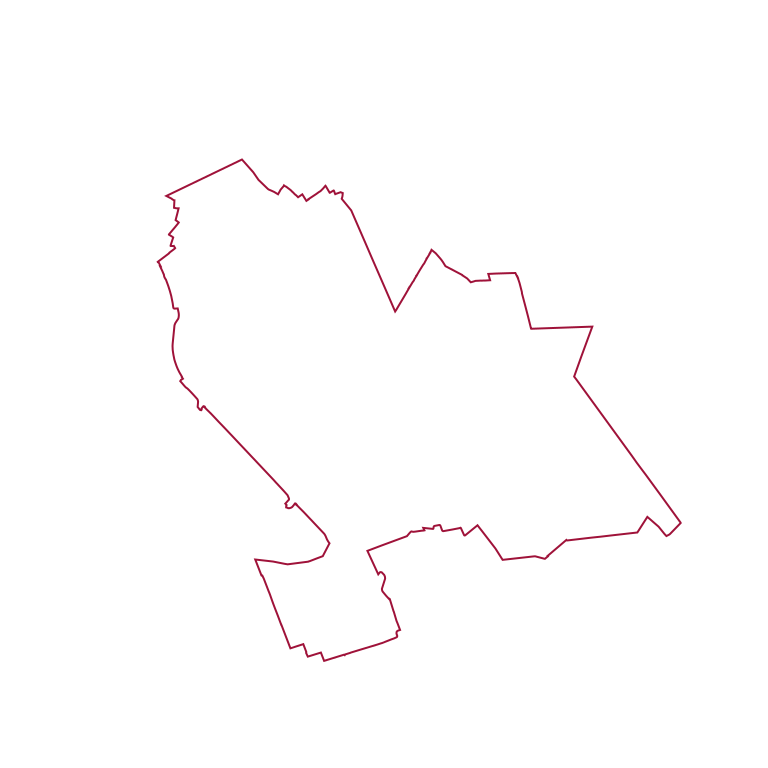 outline of Rucphen, Noord-Brabant, Netherlands, rotated 241°
{"feature_id": "6326949B79033255924519", "entity_name": "Rucphen", "entity_type": "district", "adm_level": 2, "iso_a3": "NLD", "parent_name": "Netherlands", "parent_adm1": "Noord-Brabant", "projection": "equal_earth", "projection_center": [4.569, 51.521], "detail": "fine", "context": "isolated", "style": "outline", "palette": "rose", "viewbox_px": 768, "rotation_deg": 241, "n_neighbors": 0, "source": "geoboundaries", "source_scale": "gbopen_adm2", "svg_char_len": 5890}
<svg xmlns="http://www.w3.org/2000/svg" viewBox="0 0 768 768"><g transform="rotate(241 384 384)"><path d="M485.3,207.2L478.2,208.7L476.9,209.1L475.5,209.8L474.6,210.1L472.9,210.6L467.4,212.0L462.2,213.2L461.3,213.4L461.0,213.4L460.1,213.3L458.8,212.9L457.7,212.2L454.3,209.9L451.7,210.3L450.4,210.6L449.7,211.4L450.0,212.1L451.0,212.5L451.7,214.1L452.0,214.9L452.1,215.3L452.0,215.6L451.8,215.8L451.5,215.9L451.3,216.0L451.1,215.6L450.3,215.9L450.4,216.2L450.2,216.2L449.7,216.2L449.4,216.1L441.6,218.4L430.6,221.2L422.0,223.5L353.4,241.0L350.7,241.6L345.9,242.8L339.0,244.5L334.1,245.6L333.7,245.7L333.1,245.7L330.2,245.4L329.5,245.2L329.1,244.9L328.8,244.5L328.6,243.7L327.6,240.9L327.2,239.7L325.4,240.1L325.3,239.7L323.5,238.6L322.4,239.7L322.2,239.8L321.9,239.9L321.7,240.2L321.5,240.5L321.2,241.2L320.9,242.7L320.9,243.1L320.9,243.9L321.0,244.2L321.7,246.1L322.6,248.0L322.7,248.3L322.5,248.6L322.2,248.8L321.8,248.5L320.9,248.7L321.0,249.1L320.7,249.2L320.3,249.2L320.1,249.1L316.8,250.0L311.2,251.6L282.0,259.1L281.0,259.2L279.6,259.2L278.5,259.1L275.9,258.8L274.1,258.8L272.4,258.9L271.1,259.1L264.3,248.8L263.1,247.0L264.1,240.2L264.7,235.8L265.1,232.9L265.3,232.3L265.3,231.7L273.0,212.3L274.9,209.9L282.5,200.9L292.7,186.6L292.9,186.3L275.9,184.0L275.7,184.1L275.5,184.7L272.1,184.5L266.3,183.7L258.5,182.6L257.4,182.5L255.2,182.2L248.7,181.1L245.6,180.6L240.8,179.9L232.7,178.8L223.3,177.4L223.3,177.5L221.6,177.3L198.2,174.0L195.6,187.3L187.2,186.1L186.6,185.5L182.5,185.2L179.7,198.6L170.9,197.4L166.6,217.9L165.9,218.2L166.1,218.6L166.2,219.0L166.2,219.4L165.2,224.2L165.2,224.3L165.2,224.7L163.3,233.6L159.4,251.6L158.6,255.8L158.4,256.5L157.1,266.5L156.6,269.5L156.4,272.0L156.4,272.3L156.4,272.5L156.6,272.8L156.8,273.1L157.0,273.3L157.3,273.4L157.9,273.7L158.4,273.6L159.0,273.8L159.6,273.9L160.3,274.3L160.7,274.6L161.0,274.8L161.2,275.1L161.4,275.6L161.5,276.0L161.5,276.5L161.1,278.8L168.0,279.8L170.7,280.1L180.2,282.2L180.7,282.2L193.1,284.8L193.3,284.7L192.3,284.5L197.7,283.2L203.0,282.2L203.9,282.2L204.7,282.4L205.8,282.8L213.2,290.6L214.7,291.3L215.6,291.5L217.0,291.6L220.4,290.7L221.1,289.9L221.3,289.1L220.3,286.7L246.1,288.6L243.9,303.7L239.8,330.3L241.1,333.7L241.7,335.5L241.8,336.3L241.7,336.6L240.9,337.4L240.3,338.4L239.8,339.6L237.4,345.9L236.6,347.7L236.4,348.4L239.1,348.6L233.5,356.6L233.5,356.8L233.6,357.1L234.9,358.1L235.1,358.3L235.3,358.6L235.4,358.9L235.4,359.3L234.0,363.6L233.7,364.3L233.2,364.6L232.5,364.6L228.1,363.9L227.4,363.9L227.0,364.1L226.7,364.3L226.5,364.7L225.9,366.4L223.5,373.5L221.5,379.7L221.3,380.4L221.2,381.2L221.0,381.3L220.8,381.4L213.0,380.8L212.6,380.9L212.5,381.0L212.3,381.3L212.3,381.8L215.1,397.3L212.3,397.7L208.0,398.4L186.1,401.7L172.7,402.5L160.5,431.7L159.9,432.8L153.4,439.6L153.1,440.0L153.8,443.8L154.3,443.7L159.2,467.9L158.6,468.0L158.4,468.3L158.2,468.7L149.2,490.6L145.5,499.3L142.0,507.8L141.8,508.3L141.1,510.0L131.3,533.6L134.0,538.6L140.1,549.9L126.1,555.0L116.9,556.6L114.1,557.3L114.0,560.5L114.1,561.1L114.2,561.6L118.6,576.1L118.9,576.2L151.8,572.2L178.1,568.9L181.6,568.4L183.0,568.2L191.8,567.0L192.4,566.9L200.8,566.0L294.9,554.4L298.3,553.9L312.2,569.7L333.2,594.0L360.9,539.6L361.6,539.8L361.7,539.6L373.2,542.7L384.5,545.6L396.4,548.6L396.5,548.7L397.7,549.2L398.1,549.3L406.6,551.5L409.2,552.0L411.7,552.4L411.7,552.6L412.8,552.7L412.7,552.5L417.4,552.7L420.9,546.0L426.4,535.3L429.7,528.6L423.3,527.1L425.7,522.1L426.0,521.7L427.1,519.4L427.3,519.2L429.8,514.1L429.9,513.8L430.0,513.2L430.3,511.7L430.9,509.2L436.0,507.9L440.4,505.6L441.0,505.2L441.4,505.3L457.1,495.0L457.2,494.9L460.8,494.7L461.5,494.7L464.5,494.4L466.3,494.1L473.3,492.6L478.3,490.6L477.5,489.6L476.6,488.5L476.8,488.4L475.8,486.8L475.6,486.8L473.8,483.7L473.3,482.4L473.1,482.5L471.5,479.9L470.3,478.1L469.9,477.5L469.4,476.2L466.0,470.1L463.5,465.9L463.1,464.9L462.9,465.0L461.8,463.0L461.1,461.8L460.7,461.1L460.1,460.4L459.6,459.4L459.2,458.4L456.3,453.4L456.5,453.3L455.5,451.6L455.3,451.7L453.4,448.5L452.3,446.7L446.0,435.9L445.0,434.2L442.8,430.5L442.0,428.9L445.1,429.2L468.8,431.5L500.3,434.5L515.4,436.0L551.7,439.5L566.5,436.8L567.5,437.9L568.5,438.8L571.0,440.5L572.8,439.0L573.7,433.6L573.7,433.4L574.2,433.4L577.1,433.9L577.5,433.9L577.7,433.7L577.5,429.3L577.6,429.2L585.4,429.0L585.8,428.9L584.5,425.5L583.5,422.0L583.4,419.9L583.0,416.6L582.3,407.5L582.0,407.5L581.8,404.9L589.5,404.5L589.0,399.4L591.5,398.7L593.1,398.0L593.9,397.8L596.1,397.2L596.7,396.9L596.9,396.9L597.3,396.8L598.7,396.4L600.6,395.6L601.9,395.0L603.8,394.2L605.4,393.1L606.2,392.8L605.7,392.1L604.3,388.3L604.0,387.6L603.4,386.7L603.2,386.4L601.3,383.3L605.3,381.0L607.6,379.3L609.9,377.5L610.3,377.3L610.9,377.0L622.4,373.5L623.3,373.2L632.6,372.3L649.2,368.6L654.0,284.8L649.8,287.6L649.1,288.1L648.3,288.3L647.0,289.1L646.3,289.5L646.2,289.7L639.9,285.8L639.1,286.7L638.4,287.5L637.6,288.8L637.2,289.5L633.0,285.6L628.4,281.2L624.8,282.8L624.5,282.3L623.9,280.8L621.6,275.0L621.6,274.9L619.1,268.4L618.9,268.3L615.5,270.2L614.4,270.7L613.9,270.2L613.1,269.3L608.9,264.8L608.3,264.3L608.2,264.3L606.6,266.9L606.6,267.1L604.1,267.2L603.8,266.2L602.9,259.9L602.8,259.7L602.6,259.6L602.5,259.3L600.5,245.3L600.4,245.3L600.4,245.9L595.2,245.7L595.5,245.2L590.5,244.9L586.8,244.5L586.6,244.6L586.1,244.4L585.0,244.0L584.0,243.8L583.3,243.7L582.6,243.8L582.0,243.7L581.2,243.9L576.6,243.2L574.1,242.8L569.1,241.8L564.2,240.6L559.8,239.2L557.0,238.3L553.1,236.8L552.4,236.7L551.6,237.1L550.1,240.2L546.1,239.0L544.8,238.5L543.6,237.9L542.4,237.1L541.4,236.3L540.6,235.3L540.3,234.6L538.7,231.5L538.2,230.7L537.6,230.0L537.0,229.3L536.2,228.7L533.4,226.8L521.7,218.7L519.8,217.5L517.8,216.5L516.2,215.7L513.6,214.7L511.4,213.9L509.2,213.2L507.0,212.5L504.7,212.0L502.4,211.6L500.0,211.2L497.4,210.9L493.4,210.7L488.3,210.8L488.1,210.5L486.1,210.7L486.0,208.4L485.3,207.2Z" fill="none" stroke="#9f1239" stroke-width="2"/></g></svg>